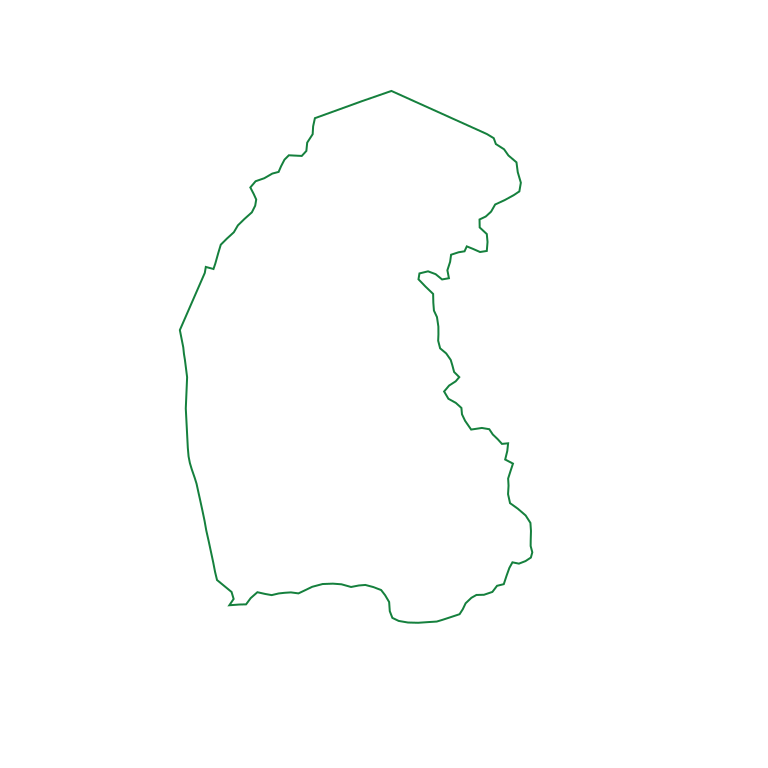 Gavião, Bahia, Brazil (Robinson projection), rotated 119°
{"feature_id": "56859067B94614282222955", "entity_name": "Gavião", "entity_type": "district", "adm_level": 2, "iso_a3": "BRA", "parent_name": "Brazil", "parent_adm1": "Bahia", "projection": "robinson", "projection_center": [-39.754, -11.493], "detail": "fine", "context": "isolated", "style": "outline", "palette": "green", "viewbox_px": 768, "rotation_deg": 119, "n_neighbors": 0, "source": "geoboundaries", "source_scale": "gbopen_adm2", "svg_char_len": 2302}
<svg xmlns="http://www.w3.org/2000/svg" viewBox="0 0 768 768"><g transform="rotate(119 384 384)"><path d="M373.7,594.6L435.8,588.7L449.3,577.3L454.6,573.6L459.3,569.9L473.5,559.5L501.5,545.5L535.0,524.6L542.1,519.8L547.2,515.5L551.6,511.0L557.9,504.0L562.1,499.6L568.6,493.9L573.9,489.2L582.8,481.4L590.8,474.5L598.2,468.5L606.5,461.1L622.8,446.9L630.2,440.7L636.4,435.0L639.8,416.5L644.9,411.3L652.5,412.0L647.0,403.6L643.6,397.8L635.9,396.8L627.5,393.8L625.2,386.0L623.1,379.9L618.2,374.5L614.8,369.7L611.4,364.4L608.6,357.3L603.3,353.5L596.2,348.5L588.7,340.7L583.4,331.9L579.8,324.1L577.5,314.4L572.4,308.3L568.8,302.9L566.8,295.0L565.6,286.6L568.2,280.6L572.2,273.8L579.9,268.8L584.5,263.3L584.1,256.3L581.0,247.4L576.3,238.4L571.0,230.2L566.2,222.7L562.1,218.7L556.3,213.3L548.7,206.3L542.8,205.9L536.2,206.3L528.6,203.9L523.7,200.9L519.9,194.4L513.3,188.4L505.7,187.3L501.0,182.2L492.0,183.9L484.0,185.2L477.7,185.2L475.7,178.9L470.3,174.4L464.6,171.4L459.3,172.7L454.6,177.2L449.6,179.9L441.3,184.2L434.5,188.6L430.3,196.4L428.2,206.5L427.1,216.0L420.2,222.1L412.5,225.8L406.5,229.6L398.5,231.2L391.1,232.6L391.3,241.4L382.8,243.7L375.7,246.7L379.2,251.8L377.2,257.6L375.4,264.4L372.5,270.0L375.0,277.1L381.6,285.7L376.9,295.2L372.7,301.1L367.4,304.7L365.7,312.0L365.7,320.5L361.4,327.8L353.8,326.3L346.9,322.6L341.5,321.5L339.5,328.5L334.8,333.0L330.6,337.3L327.1,344.4L325.6,352.2L319.9,357.6L314.3,360.4L307.4,364.3L299.8,370.1L295.6,375.9L289.1,380.2L281.4,384.7L278.7,394.9L275.7,404.6L270.1,406.6L264.1,400.1L262.9,392.1L264.4,383.9L260.0,378.5L253.8,383.7L245.1,385.4L238.4,388.0L232.6,382.6L228.9,377.9L223.5,378.3L222.7,371.8L222.0,364.0L217.8,358.6L209.6,362.3L203.0,366.8L200.7,376.2L193.8,380.2L188.2,376.2L181.3,373.9L173.1,373.8L164.5,367.5L155.6,361.9L149.9,359.0L141.6,361.9L133.9,369.7L125.9,375.6L123.8,386.0L120.5,392.8L119.9,402.5L115.8,407.2L115.5,415.1L124.1,519.6L147.3,540.4L185.0,573.3L193.0,570.9L200.1,567.5L210.1,568.2L217.8,564.9L224.4,566.5L230.1,578.1L236.0,579.8L243.4,579.6L249.6,579.0L254.1,583.7L262.1,588.5L268.9,594.6L276.9,596.2L281.1,589.9L284.6,585.2L290.5,583.1L297.9,582.8L307.4,586.1L316.1,588.7L324.1,588.9L333.0,591.9L341.3,594.3L349.6,592.5L360.6,589.9L366.1,588.9L368.0,596.6L373.7,594.6Z" fill="none" stroke="#15803d" stroke-width="2"/></g></svg>